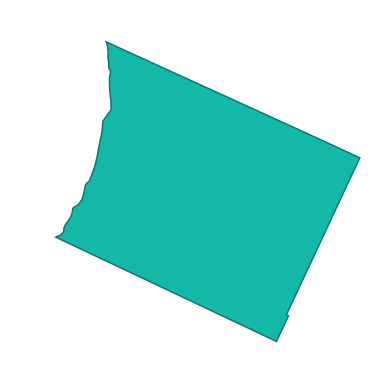 outline of Lewis, Missouri, United States of America, rotated 204°
{"feature_id": "52423323B3556766524174", "entity_name": "Lewis", "entity_type": "district", "adm_level": 2, "iso_a3": "USA", "parent_name": "United States of America", "parent_adm1": "Missouri", "projection": "robinson", "projection_center": [-91.537, 40.101], "detail": "fine", "context": "isolated", "style": "filled", "palette": "teal", "viewbox_px": 384, "rotation_deg": 204, "n_neighbors": 0, "source": "geoboundaries", "source_scale": "gbopen_adm2", "svg_char_len": 810}
<svg xmlns="http://www.w3.org/2000/svg" viewBox="0 0 384 384"><g transform="rotate(204 192 192)"><path d="M113.2,292.3L331.4,294.2L330.6,293.5L328.1,290.3L325.1,284.9L323.7,281.0L321.1,277.1L318.8,272.0L318.5,271.4L316.2,270.1L315.3,268.7L314.6,266.5L314.3,264.3L313.2,261.2L308.9,252.2L305.2,245.5L303.5,242.9L299.4,234.3L302.2,220.5L299.1,211.7L297.9,206.9L296.2,198.6L293.4,187.3L291.6,178.3L291.1,174.3L290.3,161.8L290.4,160.4L292.1,155.8L292.2,154.9L290.2,146.6L289.6,141.3L289.6,139.6L290.7,134.5L291.5,132.9L293.7,130.1L294.2,128.3L293.9,127.3L293.0,124.1L292.7,121.1L292.9,117.0L294.3,111.3L294.3,106.5L293.4,104.8L293.1,103.4L293.5,101.8L294.9,98.8L296.2,97.3L297.6,96.2L298.1,95.3L54.0,89.8L53.5,118.1L55.8,118.2L52.6,291.5L113.2,292.3Z" fill="#14b8a6" stroke="#0f766e" stroke-width="1.5"/></g></svg>